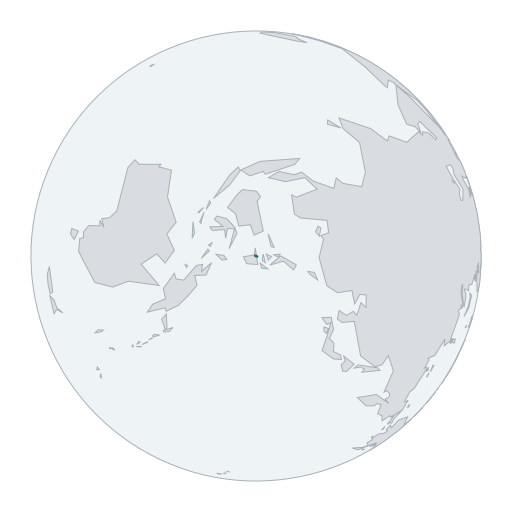 the Earth from above Misamis Occidental, rotated 118°
{"feature_id": "PHL-2523", "entity_name": "Misamis Occidental", "entity_type": "Province", "adm_level": 1, "iso_a3": "PHL", "parent_name": "Philippines", "parent_adm1": "", "projection": "orthographic", "projection_center": [123.686, 8.339], "detail": "fine", "context": "on_globe", "style": "filled", "palette": "teal", "viewbox_px": 512, "rotation_deg": 118, "n_neighbors": 0, "source": "natural_earth", "source_scale": "10m", "svg_char_len": 8592}
<svg xmlns="http://www.w3.org/2000/svg" viewBox="0 0 512 512"><g transform="rotate(118 256 256)"><circle cx="256" cy="256" r="225" fill="#eef3f6" stroke="#a8b0b8"/><path d="M436.1,335.1L435.9,336.7L435.7,336.9L436.1,335.1ZM374.6,64.5L372.3,63.1L365.6,61.5L371.0,66.2L363.9,61.7L379.2,75.1L380.4,80.8L374.4,71.3L370.3,68.2L368.8,70.2L364.2,67.5L360.8,67.2L355.5,64.1L352.4,59.7L348.9,57.8L348.1,59.4L342.2,57.9L344.0,55.7L333.8,53.0L326.9,46.7L335.9,46.0L327.5,42.5L326.9,42.2L343.4,48.4L359.3,55.8L374.6,64.5ZM466.3,188.8L464.4,183.9L466.0,186.1L466.3,188.8ZM462.9,181.5L463.6,183.0L463.0,181.9L462.9,181.5ZM462.2,181.1L462.7,181.4L462.3,181.6L462.2,181.1ZM461.4,181.2L461.8,180.9L461.8,181.2L461.4,181.2ZM459.6,179.8L459.0,179.3L459.2,178.6L459.6,179.8ZM375.9,70.6L376.1,69.6L377.5,71.6L375.9,70.6ZM361.3,67.8L362.7,69.0L360.4,68.4L361.3,67.8ZM350.1,63.3L345.9,62.2L349.6,62.5L350.1,63.3ZM343.1,61.1L333.0,59.3L335.3,61.7L323.3,54.5L335.8,58.0L340.0,57.7L340.0,59.3L343.1,61.1ZM318.3,51.1L315.4,50.3L317.8,50.4L318.3,51.1ZM315.5,38.7L323.7,41.2L321.7,40.6L314.5,38.6L312.8,38.2L311.2,37.6L315.5,38.7ZM304.0,35.9L306.4,36.5L301.2,35.4L304.0,35.9ZM299.6,35.0L298.9,34.8L297.2,34.5L297.6,34.6L299.6,35.0ZM297.7,34.8L305.8,36.5L305.6,36.5L297.7,34.8ZM293.7,33.9L296.6,34.5L296.2,34.4L293.7,33.9ZM285.4,32.6L285.2,32.6L285.4,32.6ZM289.2,33.2L290.2,33.3L288.8,33.1L287.6,33.0L288.2,33.0L289.2,33.2ZM292.9,33.8L293.6,34.0L291.7,33.6L292.9,33.8ZM281.4,32.2L281.0,32.1L276.2,31.7L276.4,31.6L281.4,32.2ZM63.5,138.9L63.3,139.3L62.8,141.4L75.4,124.1L76.3,120.2L78.3,117.6L83.9,110.6L88.6,106.7L89.0,111.5L91.8,108.2L97.6,98.9L103.8,94.4L100.3,95.4L97.2,99.1L94.9,100.2L97.7,97.0L99.7,95.3L101.4,92.9L91.0,102.7L86.7,107.5L86.8,107.3L100.6,92.9L115.6,79.8L131.7,68.1L137.4,64.5L135.1,66.1L142.5,61.6L143.8,61.6L148.4,58.2L156.7,54.0L162.2,51.8L165.7,50.1L156.8,53.8L155.0,54.6L174.4,46.0L180.8,44.0L183.7,44.0L170.3,51.7L164.7,53.5L166.7,51.3L156.9,56.8L161.5,54.6L159.6,56.2L167.1,53.5L166.1,54.6L174.9,50.5L174.5,51.6L168.9,54.2L179.7,52.1L181.2,54.3L184.1,53.4L186.8,51.8L187.0,56.2L189.1,55.4L189.9,53.6L194.6,51.0L203.0,48.4L202.6,50.0L199.5,51.2L192.5,56.5L184.3,59.9L185.0,60.4L192.0,57.9L200.6,51.3L205.8,49.4L202.5,52.2L204.1,51.0L206.6,50.6L208.6,51.9L212.6,48.8L240.1,44.8L246.9,47.7L240.8,50.2L259.7,51.4L265.8,56.2L266.5,54.3L275.9,54.6L274.1,53.0L275.2,52.2L298.7,54.2L303.9,56.4L314.8,56.6L315.1,55.8L311.9,54.0L323.3,54.5L335.3,61.7L333.9,62.9L342.3,67.2L337.9,69.8L338.2,74.5L328.5,75.8L329.5,80.0L332.8,81.3L336.6,88.5L333.4,100.0L321.8,84.7L323.8,69.6L321.8,74.8L318.0,72.2L314.7,73.3L313.6,77.6L316.1,79.0L292.8,80.8L281.8,92.5L292.8,93.6L297.9,98.8L295.1,116.7L267.6,138.5L274.2,148.6L273.4,154.5L265.1,157.0L266.0,148.3L259.2,144.1L261.0,139.2L247.9,141.4L249.9,134.6L238.8,140.3L241.1,146.3L251.9,146.4L241.4,155.1L250.1,166.7L249.1,179.4L227.8,199.5L209.2,204.3L207.6,208.3L201.3,202.8L191.2,210.0L201.7,235.0L200.8,241.9L185.2,253.3L185.2,248.1L168.3,233.4L163.9,249.6L176.6,265.0L181.0,281.8L170.6,275.5L166.4,260.7L160.5,255.0L163.0,240.8L159.8,219.1L149.4,221.8L151.1,213.4L145.1,195.2L130.7,198.7L107.2,217.8L102.5,239.1L95.1,247.5L89.7,214.7L92.8,194.0L87.4,194.8L84.8,176.2L70.2,171.0L71.2,165.6L67.8,167.1L66.4,160.7L69.1,152.0L66.9,151.6L60.4,174.5L63.2,175.3L69.8,168.2L67.1,176.2L68.9,184.7L55.9,201.5L39.4,212.7L42.9,196.5L57.2,151.6L59.7,147.4L60.0,146.8L60.5,145.9L56.4,152.7L60.7,144.4L47.4,174.2L43.0,186.9L39.1,213.5L38.2,215.7L38.5,221.7L45.8,219.1L44.7,224.4L38.1,247.5L32.5,277.3L36.2,301.4L40.9,321.3L42.8,328.7L38.0,313.0L34.5,296.9L32.1,280.7L30.9,264.3L30.9,247.9L32.1,231.5L34.4,215.2L38.0,199.2L42.7,183.5L48.6,168.1L55.5,153.2L63.5,138.9ZM84.0,127.0L87.6,130.2L95.2,118.3L97.2,118.8L99.0,114.8L95.7,117.4L101.5,107.1L106.4,105.3L110.6,100.8L109.6,99.6L99.7,104.7L91.3,119.1L86.6,122.9L84.0,127.0ZM259.4,30.7L258.2,30.7L249.3,30.8L251.2,30.8L247.0,31.1L239.5,31.5L243.4,31.1L232.3,32.1L233.3,31.9L231.9,32.0L231.0,32.1L259.4,30.7ZM272.4,31.3L274.3,31.6L263.5,31.0L258.8,30.8L263.3,30.8L272.4,31.3ZM206.7,36.9L209.7,36.1L210.8,35.9L218.8,34.4L218.7,34.8L213.8,35.9L206.7,36.9ZM73.0,126.4L70.5,129.2L71.8,127.2L72.4,126.6L73.0,126.4ZM208.0,37.1L211.3,36.3L209.2,37.0L208.0,37.1ZM219.1,35.1L217.3,35.8L219.6,34.7L219.1,35.1ZM134.4,435.7L139.0,438.6L136.9,438.3L134.4,435.7ZM47.9,323.6L57.3,356.9L55.1,355.5L50.1,344.7L43.5,324.1L44.5,319.8L43.7,311.0L47.9,323.6ZM237.7,325.1L244.7,326.7L244.5,327.7L237.7,325.1ZM230.4,320.9L238.3,321.9L229.1,323.0L230.4,320.9ZM241.4,322.4L249.5,321.1L253.0,319.7L252.4,321.8L241.4,322.4ZM225.1,320.5L196.7,317.3L185.7,313.4L188.1,309.9L205.9,312.7L225.1,320.5ZM187.2,309.7L170.7,297.1L149.4,263.3L156.9,264.8L179.5,286.3L178.0,289.4L188.1,299.0L187.2,309.7ZM228.1,294.2L226.5,303.9L210.7,301.5L203.6,299.1L198.7,286.0L201.4,279.9L207.2,280.7L230.5,261.3L238.4,267.4L231.0,275.8L237.6,285.1L228.1,294.2ZM103.1,241.3L106.1,254.9L102.2,256.5L103.1,241.3ZM240.6,247.2L230.7,255.7L239.9,244.0L240.6,247.2ZM246.4,236.0L246.7,240.8L243.1,235.8L246.4,236.0ZM206.7,214.7L200.6,215.2L200.8,211.8L208.8,209.4L206.7,214.7ZM248.2,190.3L246.9,199.8L245.3,202.9L243.1,196.8L248.2,190.3ZM211.8,43.9L200.7,45.1L192.6,47.2L188.0,50.0L189.8,47.1L202.2,43.8L211.8,43.9ZM236.6,44.3L240.7,42.6L242.1,43.5L241.4,44.0L236.6,44.3ZM236.8,43.1L235.7,40.9L240.0,40.1L240.1,42.0L236.8,43.1ZM221.3,37.6L218.1,37.8L219.9,37.1L221.3,37.6ZM383.2,418.5L385.8,420.0L379.3,425.8L370.5,431.6L362.3,433.5L383.2,418.5ZM318.1,431.5L317.4,424.5L326.9,424.3L323.4,430.3L318.1,431.5ZM389.4,414.0L395.1,407.7L396.9,399.7L396.7,406.9L401.7,407.2L387.8,419.4L389.4,414.0ZM281.5,400.1L237.8,410.7L227.9,408.0L229.9,402.2L219.7,383.0L222.8,383.6L220.0,370.9L245.5,361.8L263.6,342.4L278.5,345.0L289.3,330.7L304.9,333.0L300.6,344.6L317.1,353.6L327.5,327.7L338.2,356.9L350.7,367.9L355.0,386.0L335.3,414.7L323.3,419.8L320.7,416.9L315.8,419.6L307.7,417.9L302.6,408.0L297.8,410.7L302.2,403.7L295.4,409.7L290.9,403.2L281.5,400.1ZM393.0,356.0L395.4,356.9L399.4,362.0L395.5,361.0L393.0,356.0ZM429.9,340.9L431.1,343.3L428.5,343.9L429.9,340.9ZM435.7,336.9L432.6,337.8L436.1,335.1L435.7,336.9ZM405.2,339.8L406.5,341.7L405.5,342.3L405.2,339.8ZM404.2,339.2L405.6,336.4L405.5,339.2L404.2,339.2ZM392.3,323.1L393.7,321.7L394.4,322.9L392.3,323.1ZM255.1,327.8L264.8,321.0L270.2,320.8L255.1,327.8ZM390.1,319.9L386.4,319.4L386.7,317.9L390.1,319.9ZM390.3,316.3L389.8,314.1L392.2,319.3L390.3,316.3ZM383.1,311.1L387.7,315.2L382.6,311.5L383.1,311.1ZM380.5,311.4L377.2,309.5L377.4,308.9L380.5,311.4ZM344.4,311.9L356.6,325.6L347.0,324.5L336.2,315.8L328.2,322.6L309.6,320.0L313.8,315.7L311.2,308.5L292.3,304.1L288.5,299.3L295.1,296.8L282.8,292.1L296.3,291.2L301.9,301.0L309.5,294.3L323.0,297.3L336.2,301.5L347.0,309.3L344.4,311.9ZM296.5,311.8L298.9,312.0L296.8,314.7L296.5,311.8ZM371.0,303.9L375.7,308.8L375.2,309.9L372.9,309.1L371.0,303.9ZM349.4,307.9L361.0,301.0L363.7,301.4L356.1,309.6L349.4,307.9ZM358.1,295.7L363.5,297.3L366.4,301.9L365.3,303.0L358.1,295.7ZM269.0,300.7L268.5,303.3L265.0,301.0L269.0,300.7ZM273.5,299.6L284.0,303.3L272.5,301.7L273.5,299.6ZM242.2,287.7L245.2,294.1L254.6,291.1L247.4,296.0L254.0,306.8L251.9,310.4L245.3,298.8L243.3,309.9L239.1,309.3L236.7,299.4L240.8,288.0L245.0,283.5L262.1,283.1L242.2,287.7ZM273.3,292.1L270.6,284.7L272.7,280.1L275.6,284.1L273.3,292.1ZM262.7,266.8L255.7,258.0L249.1,260.5L262.7,250.4L267.1,260.5L262.7,266.8ZM257.1,248.4L250.9,250.6L257.5,244.6L257.1,248.4ZM249.5,247.7L249.1,242.0L253.8,243.2L249.5,247.7ZM260.3,248.9L261.9,239.5L264.1,245.3L260.3,248.9ZM247.7,229.4L257.5,239.5L244.3,234.3L244.9,216.2L250.6,216.3L247.7,229.4ZM286.7,162.7L286.0,157.9L291.4,157.4L290.4,160.8L286.7,162.7ZM308.5,153.3L292.6,155.8L279.8,158.6L283.3,161.2L279.5,168.9L274.8,160.8L284.5,153.1L294.1,152.5L296.4,146.2L304.0,142.8L303.7,134.9L307.3,132.0L310.5,139.2L308.5,153.3ZM303.2,131.6L305.5,118.6L315.4,121.8L317.1,125.3L311.9,129.8L307.0,127.8L303.2,131.6ZM308.9,116.6L304.2,114.7L297.6,95.9L298.7,92.8L308.9,107.9L305.0,107.1L304.9,111.5L308.9,116.6ZM315.8,51.2L315.4,50.3L317.5,51.4L315.8,51.2ZM274.0,51.4L275.7,50.5L278.2,51.5L274.0,51.4ZM282.0,48.8L278.0,48.3L282.4,48.1L282.0,48.8ZM269.1,47.5L276.5,47.7L269.2,48.5L269.1,47.5Z" fill="#d9dde1" stroke="#a8b0b8" stroke-width="1"/><path d="M255.5,254.9L255.6,255.0L255.6,254.9L255.7,254.7L255.8,254.7L255.8,254.8L256.1,254.8L256.2,255.0L256.3,254.9L256.3,255.0L256.6,255.4L256.6,255.6L256.7,255.9L256.7,256.4L256.8,256.6L256.7,256.7L256.3,257.1L256.2,257.1L256.0,257.3L255.9,257.3L255.8,257.2L255.7,257.2L255.5,256.8L255.5,256.4L255.5,254.9Z" fill="#14b8a6" stroke="#0f766e" stroke-width="1.5"/></g></svg>